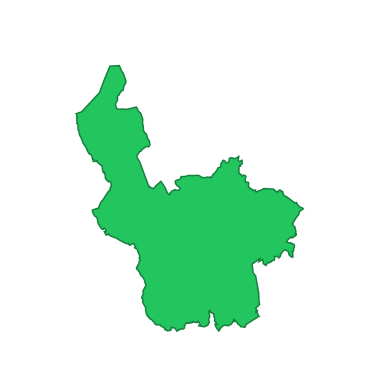 the district of Tizapán el Alto, Jalisco, Mexico, rotated 252°
{"feature_id": "50627088B39288283772272", "entity_name": "Tizapán el Alto", "entity_type": "district", "adm_level": 2, "iso_a3": "MEX", "parent_name": "Mexico", "parent_adm1": "Jalisco", "projection": "robinson", "projection_center": [-103.079, 20.107], "detail": "fine", "context": "isolated", "style": "filled", "palette": "green", "viewbox_px": 384, "rotation_deg": 252, "n_neighbors": 0, "source": "geoboundaries", "source_scale": "gbopen_adm2", "svg_char_len": 6025}
<svg xmlns="http://www.w3.org/2000/svg" viewBox="0 0 384 384"><g transform="rotate(252 192 192)"><path d="M67.0,128.7L67.4,129.4L69.9,130.7L69.1,131.1L68.1,133.5L64.3,134.7L65.1,137.1L64.8,137.0L65.2,138.7L64.4,141.6L65.0,142.8L66.8,143.4L69.2,146.0L69.2,146.9L68.7,146.7L68.1,148.9L68.7,149.6L67.8,150.4L67.8,152.1L68.3,151.9L68.6,153.3L67.7,153.5L67.1,154.8L66.8,156.3L65.8,155.9L67.1,157.4L66.8,158.1L66.1,158.3L66.0,158.5L62.4,158.9L63.1,157.2L62.7,157.0L60.0,162.0L60.3,163.9L60.0,164.4L60.6,165.1L60.5,166.0L62.2,167.4L62.6,168.1L66.6,168.7L67.1,169.8L68.3,170.4L72.4,171.0L73.9,171.6L73.6,172.5L73.2,172.5L73.1,173.1L73.0,172.8L71.7,172.5L69.7,174.9L66.6,174.4L65.0,174.6L62.6,173.7L61.5,173.8L61.0,174.6L59.7,174.3L58.5,174.9L59.0,173.0L55.4,173.2L51.6,174.6L51.7,175.3L53.7,176.5L53.4,176.6L53.6,177.2L55.0,179.6L55.3,182.3L54.5,183.2L53.6,185.4L54.2,188.7L55.9,190.7L58.4,192.8L55.8,191.8L55.6,192.4L56.5,193.8L52.0,194.9L50.6,196.2L48.8,196.7L48.1,198.7L47.1,200.0L47.0,200.5L48.8,202.0L49.5,203.2L53.0,216.9L53.1,216.6L53.1,217.1L57.6,216.7L57.5,215.6L58.9,215.9L59.0,216.3L58.4,217.2L58.8,217.6L60.4,216.8L61.9,216.8L64.1,221.5L68.2,222.2L75.3,224.2L92.7,226.6L96.1,225.2L104.8,226.8L107.8,236.1L107.2,235.9L105.1,234.0L105.9,238.3L104.3,238.0L103.4,238.3L102.0,237.6L99.3,239.5L101.7,242.6L100.7,243.7L101.7,245.7L101.2,246.1L101.8,246.8L102.0,247.5L101.7,249.2L103.2,250.1L105.2,250.6L104.6,252.3L104.6,253.2L102.4,254.2L103.4,256.0L104.9,256.9L105.5,256.7L106.0,258.2L106.9,259.0L108.2,261.5L108.4,262.6L107.7,263.0L106.2,264.8L105.2,265.1L102.6,264.9L101.6,265.2L101.2,265.7L100.2,265.7L99.0,267.5L99.4,267.5L99.8,268.2L101.6,268.5L102.0,268.8L104.0,268.7L103.9,269.4L104.9,270.6L107.0,271.3L108.0,272.3L109.4,272.9L110.8,272.8L111.1,271.8L112.0,271.4L112.9,270.2L113.4,270.0L113.6,268.5L114.9,266.9L115.7,267.3L116.6,267.9L118.5,271.5L118.6,272.1L118.1,272.1L118.0,272.8L117.6,272.9L117.4,273.4L118.1,275.6L118.3,275.6L118.3,276.8L118.9,277.8L120.0,278.2L120.0,277.2L122.8,278.8L125.2,278.7L125.6,279.0L127.2,279.0L128.5,278.1L129.7,277.8L130.3,278.2L130.5,277.7L131.3,277.8L132.4,279.7L135.9,283.8L137.3,286.2L140.4,288.5L141.6,292.6L142.9,292.0L143.6,290.8L145.0,289.6L148.0,288.1L149.1,288.4L149.8,287.9L149.7,286.5L158.9,280.0L159.5,279.0L161.1,278.2L164.5,278.3L165.2,276.9L166.2,277.0L166.9,275.5L166.4,274.6L165.4,274.0L166.3,272.8L166.0,272.3L169.7,270.3L172.5,262.7L172.8,262.6L173.1,260.6L172.8,260.4L172.3,256.8L172.8,255.7L172.1,254.6L172.3,252.8L172.8,252.4L173.0,252.8L173.8,253.0L174.4,252.7L174.6,250.5L176.1,250.0L177.1,248.6L178.5,248.1L179.0,247.6L180.2,247.5L183.3,248.7L183.9,248.4L184.6,246.1L186.8,246.2L188.6,246.9L189.5,247.9L190.1,248.0L191.2,247.6L192.2,246.5L191.5,244.9L192.4,244.1L193.4,244.3L194.3,242.9L197.0,242.7L198.8,243.7L201.1,244.3L202.1,245.1L201.7,246.2L203.0,246.0L203.2,248.1L203.7,248.7L206.7,249.3L206.9,249.0L206.0,246.8L207.0,246.0L208.1,245.8L212.0,247.9L211.4,247.3L210.4,244.1L210.6,242.9L212.1,240.7L212.7,238.7L212.1,237.7L210.2,236.9L209.3,236.0L208.8,234.7L209.1,233.4L211.1,233.0L212.4,231.9L212.4,230.8L211.3,230.2L210.0,228.3L206.9,227.0L207.0,224.9L206.6,223.6L205.4,222.9L202.9,219.4L202.3,217.4L201.3,216.9L201.0,216.1L200.1,215.5L199.5,214.3L200.7,213.9L200.7,212.7L201.6,210.9L201.5,209.1L202.6,206.2L205.4,203.8L206.1,202.6L207.2,198.5L208.8,193.8L208.9,190.1L210.0,186.5L208.1,184.8L207.7,183.8L208.0,182.6L207.9,180.4L207.6,179.7L207.0,179.3L205.4,179.0L203.4,179.4L200.0,181.7L198.5,181.3L197.7,180.2L198.2,178.2L199.6,176.4L199.1,173.4L197.9,170.8L196.7,170.4L196.4,169.9L196.7,169.2L198.3,168.5L205.6,167.5L211.7,165.7L209.1,159.6L207.1,156.6L209.2,153.6L210.5,153.4L210.4,152.6L236.5,151.6L242.8,150.2L246.4,154.4L246.7,156.2L247.7,157.4L249.2,161.5L249.1,164.1L248.4,164.5L248.9,165.7L250.3,166.8L251.6,166.7L253.2,167.2L257.4,166.2L258.6,166.5L261.4,166.4L262.5,165.6L265.4,164.8L269.2,165.9L272.6,166.2L276.3,167.6L278.0,167.6L282.9,167.5L285.8,165.9L288.8,165.7L290.1,165.2L290.2,160.3L290.9,154.8L292.0,152.6L293.5,147.5L294.2,146.6L295.8,146.1L299.5,146.3L302.2,149.5L304.1,150.2L305.7,150.2L306.4,151.2L306.6,152.3L308.4,154.0L309.7,155.9L310.2,158.1L313.5,159.7L316.4,162.9L318.2,163.5L326.1,163.3L328.5,162.5L334.7,161.9L337.0,152.8L326.5,143.8L315.0,134.6L302.4,111.9L302.2,106.0L301.1,106.2L299.7,105.8L298.3,106.1L297.8,105.1L296.4,105.1L295.8,104.6L294.2,104.7L293.1,103.6L291.6,104.4L286.2,102.9L284.9,103.2L281.1,102.7L277.4,103.3L272.0,103.5L268.8,104.6L265.6,105.2L263.6,105.1L260.8,106.1L260.8,105.8L259.9,106.2L258.2,107.9L254.5,107.6L253.5,108.4L253.4,107.6L251.4,107.7L251.4,109.0L250.6,110.3L251.3,110.7L251.3,111.2L248.5,111.8L244.4,114.6L241.9,113.9L238.3,113.6L238.2,114.5L237.9,115.0L237.5,115.0L237.1,115.0L237.2,114.4L236.8,114.3L236.5,114.7L234.3,114.7L232.3,113.9L230.1,114.3L228.1,115.3L227.5,115.9L227.6,117.2L225.2,117.8L222.0,116.8L221.9,116.1L219.6,114.7L219.8,115.0L219.0,114.7L219.1,114.1L218.0,112.2L212.5,105.4L210.1,101.8L205.3,97.6L205.7,96.4L205.6,91.8L204.9,91.4L202.1,91.4L199.0,92.2L197.5,93.4L196.6,93.7L190.8,93.0L185.6,94.4L184.1,95.2L184.0,96.1L184.5,96.4L184.5,97.6L182.6,98.3L181.3,98.2L181.5,96.4L178.2,96.8L178.3,97.1L177.4,97.6L178.0,99.4L175.4,100.8L171.3,106.0L168.5,108.3L163.8,113.0L162.8,114.3L162.7,115.7L161.4,115.7L160.5,116.4L161.4,120.3L157.2,121.5L156.7,120.2L154.7,121.9L153.4,122.4L151.9,122.1L147.0,122.6L145.7,121.4L144.6,121.4L144.0,122.0L142.9,121.8L142.6,120.5L140.3,119.4L139.7,118.4L138.4,117.4L137.4,115.9L135.9,115.6L134.2,116.7L132.9,116.7L131.9,117.4L130.2,117.3L128.5,117.7L125.4,119.2L122.0,119.6L119.5,119.2L118.1,119.6L117.5,119.5L113.4,115.1L112.4,114.6L110.1,114.2L108.5,112.9L108.6,112.7L106.7,111.4L105.2,112.2L103.5,111.4L101.7,111.1L96.2,112.2L94.1,111.4L90.0,111.0L87.7,111.3L87.2,111.9L86.2,112.0L84.0,113.1L82.9,114.3L80.8,115.1L80.5,115.5L78.3,115.9L77.0,116.6L76.6,117.1L76.4,118.5L75.0,121.0L74.2,121.0L71.8,123.4L69.2,123.9L69.2,124.4L70.1,124.5L68.4,124.9L67.7,125.5L67.0,128.7Z" fill="#22c55e" stroke="#15803d" stroke-width="1.5"/></g></svg>